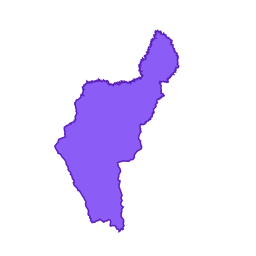 Becerrill, Cesar, Colombia (Equal Earth projection), rotated 130°
{"feature_id": "7082276B21429087141697", "entity_name": "Becerrill", "entity_type": "district", "adm_level": 2, "iso_a3": "COL", "parent_name": "Colombia", "parent_adm1": "Cesar", "projection": "equal_earth", "projection_center": [-73.426, 9.754], "detail": "fine", "context": "isolated", "style": "filled", "palette": "violet", "viewbox_px": 256, "rotation_deg": 130, "n_neighbors": 0, "source": "geoboundaries", "source_scale": "gbopen_adm2", "svg_char_len": 5861}
<svg xmlns="http://www.w3.org/2000/svg" viewBox="0 0 256 256"><g transform="rotate(130 128 128)"><path d="M39.3,139.2L39.8,141.2L38.8,141.5L38.7,142.9L37.6,143.2L37.6,144.8L37.1,145.8L35.4,146.8L36.4,148.7L35.5,148.7L34.8,150.3L34.2,149.6L32.8,150.5L32.8,151.4L33.3,151.9L32.9,152.5L33.1,153.7L32.6,154.9L34.0,155.8L33.2,157.2L33.5,158.6L32.5,158.7L33.0,160.4L32.5,161.5L33.9,161.3L34.6,162.9L33.2,164.2L33.2,165.6L33.7,165.8L34.4,165.0L34.5,166.5L35.0,165.6L34.2,167.8L35.3,167.7L36.0,169.9L36.2,168.1L37.2,168.7L37.4,167.8L38.0,167.4L38.4,168.0L38.3,167.1L38.8,167.4L39.0,166.9L39.5,167.7L39.4,167.2L39.8,166.9L40.1,167.5L40.3,167.0L41.0,167.3L41.6,166.0L41.4,164.9L42.1,165.6L44.1,165.2L43.9,166.5L44.5,166.3L44.5,165.7L44.8,166.3L45.4,165.7L45.6,166.3L46.0,165.7L45.9,166.0L46.2,166.1L46.2,166.4L46.5,166.7L46.3,166.4L46.6,165.7L47.3,165.7L47.4,164.7L47.5,165.2L47.8,164.6L48.4,164.9L48.6,164.1L49.5,164.6L49.6,163.8L50.1,164.1L50.4,163.2L51.0,163.5L51.4,163.0L52.7,164.2L54.3,163.2L54.4,162.6L54.8,162.9L54.8,162.4L55.9,163.1L55.6,162.8L55.9,161.7L56.8,162.2L57.0,161.1L57.8,161.9L57.7,161.0L58.4,161.4L59.0,160.0L59.1,161.0L60.8,161.2L61.5,160.6L62.0,161.8L62.7,161.4L63.1,158.9L64.5,158.7L64.8,160.0L65.4,160.3L65.3,161.0L65.9,160.4L65.8,161.2L66.2,160.9L67.1,161.6L67.5,160.6L68.3,161.1L69.2,160.2L69.7,160.7L70.3,159.8L71.7,160.0L71.7,158.8L73.0,160.0L73.5,159.0L74.3,158.6L74.2,157.7L73.6,158.3L73.5,157.5L74.6,157.5L75.6,156.3L75.8,156.9L76.9,156.4L76.5,155.8L77.0,155.0L76.2,154.2L77.3,154.5L77.8,154.0L77.8,152.6L78.6,152.0L78.3,150.5L78.8,150.5L79.0,151.5L79.5,150.1L81.1,150.7L82.1,149.7L82.7,150.5L82.1,151.9L82.7,151.8L82.5,152.6L83.0,151.9L84.2,152.8L84.6,152.4L84.6,153.3L85.1,152.3L85.0,152.8L85.8,152.8L85.9,153.6L86.7,153.7L86.6,154.8L87.2,154.6L87.0,153.8L87.4,153.4L87.7,153.8L88.2,153.2L88.5,155.0L89.1,155.1L89.3,154.5L90.9,156.1L91.3,154.7L91.9,154.7L91.5,155.3L91.9,155.5L91.9,156.3L92.3,155.9L93.5,156.7L93.7,157.3L93.3,157.6L94.1,158.4L93.8,159.2L94.4,159.3L94.5,160.5L95.0,159.8L96.7,161.5L95.8,161.9L96.1,162.3L95.9,162.9L96.4,163.4L96.9,162.5L98.4,162.3L98.1,162.7L98.6,163.4L98.2,163.1L98.2,164.1L99.4,163.7L99.5,164.6L100.7,162.9L101.0,164.2L100.4,164.8L101.1,165.4L100.8,166.0L101.6,166.5L102.2,166.0L102.2,167.0L103.1,166.8L103.8,167.5L104.6,167.4L104.6,166.7L105.1,166.6L105.2,169.3L106.1,170.2L106.2,169.5L106.8,170.0L106.2,171.1L107.0,170.6L106.9,171.7L106.1,171.5L105.0,174.0L105.4,174.1L105.7,173.5L105.8,174.7L106.6,174.4L106.4,175.2L107.2,175.7L106.8,176.4L107.2,176.7L107.0,177.7L108.7,177.6L109.6,178.2L109.7,178.8L109.0,179.4L110.4,180.4L109.9,181.4L109.5,180.7L109.4,181.9L111.9,181.4L112.0,181.9L111.6,182.0L111.5,182.5L113.7,183.0L113.3,183.6L114.2,183.9L115.1,185.6L115.4,184.8L116.2,185.4L117.0,184.5L116.5,185.9L116.9,186.8L118.0,186.4L118.4,188.9L118.9,187.7L119.5,189.0L120.5,188.3L121.7,188.9L122.5,188.5L123.3,189.4L124.2,188.6L125.9,189.2L126.2,188.0L126.7,187.9L126.6,187.0L127.2,187.5L127.5,186.5L128.3,186.4L128.4,185.8L131.2,185.1L131.7,183.2L132.9,185.3L134.9,183.7L136.2,184.3L138.1,184.3L139.6,185.5L141.4,184.8L142.9,185.0L143.2,184.1L144.0,184.2L144.8,182.3L146.2,181.1L146.8,179.5L148.5,178.6L149.4,176.8L153.7,175.5L155.2,173.5L156.6,174.1L157.4,172.9L160.1,174.7L161.0,174.9L161.5,174.4L161.7,175.4L164.0,175.5L165.9,176.8L167.2,176.6L168.2,177.3L170.0,176.0L171.6,173.6L173.2,172.7L175.0,170.3L181.0,173.7L184.0,172.5L189.0,172.4L190.0,170.7L191.6,165.9L192.3,165.6L191.4,162.4L192.3,160.8L193.1,155.6L193.9,153.6L195.6,151.9L195.9,150.1L197.2,147.7L198.3,147.3L198.8,145.5L198.8,143.8L199.4,142.7L200.5,142.4L200.4,140.8L202.7,137.7L202.6,136.6L203.4,135.1L204.2,134.4L204.9,134.8L206.5,132.5L206.7,128.5L208.0,126.0L207.2,125.1L209.5,118.4L209.6,117.1L210.5,115.8L211.4,113.1L212.2,112.1L213.3,111.9L215.0,109.8L216.2,106.1L217.3,104.5L218.4,104.2L218.8,103.2L219.7,103.2L220.1,102.2L220.0,100.9L220.7,99.8L221.6,99.5L221.4,98.0L222.9,97.2L223.5,94.6L222.6,94.4L221.6,92.9L219.3,92.4L217.6,91.0L216.0,90.9L215.7,86.0L213.5,85.5L212.5,84.3L210.5,83.8L210.0,83.0L210.8,81.0L214.0,79.2L214.3,78.3L212.5,77.0L211.1,74.8L212.5,71.7L211.8,70.2L211.9,69.4L213.1,68.3L211.7,67.9L209.9,68.5L209.5,67.1L208.5,66.6L207.7,68.1L205.5,68.2L204.4,70.4L203.1,70.7L201.1,72.5L200.1,76.8L198.2,77.7L197.7,78.9L196.6,78.7L194.3,80.6L191.5,80.9L191.8,82.4L191.3,84.4L190.2,85.2L187.3,85.9L186.2,88.5L183.5,89.1L178.4,97.6L173.7,100.0L173.5,100.6L174.3,101.6L173.7,102.9L171.2,103.8L169.5,105.2L166.1,105.7L164.4,107.9L163.6,110.7L161.5,113.5L160.4,113.3L156.3,110.5L153.0,106.0L150.4,105.5L149.1,104.0L146.4,104.2L144.7,105.8L140.4,106.2L135.4,104.5L133.8,105.3L131.1,109.4L130.0,109.8L129.7,112.4L128.6,113.7L125.5,115.3L122.4,115.6L121.9,117.1L120.6,117.7L120.3,118.7L118.2,120.6L117.3,120.2L116.5,120.6L115.9,118.7L114.1,117.8L113.1,118.3L112.4,117.5L111.5,118.3L109.3,117.0L108.7,117.4L107.4,116.5L107.1,117.1L106.6,116.4L105.2,117.5L103.7,116.8L100.8,119.0L100.2,118.5L100.3,117.9L99.0,118.2L98.9,119.2L97.1,120.5L93.3,120.4L92.5,122.0L89.7,121.7L89.0,123.3L87.8,123.9L86.6,123.5L86.5,123.0L85.9,123.3L85.3,122.3L83.8,122.9L83.6,122.1L82.9,121.8L82.2,122.5L80.9,121.9L80.8,121.2L80.0,121.1L79.4,122.7L80.0,124.8L79.6,124.7L78.8,126.4L78.2,126.3L75.3,129.4L74.2,129.7L73.4,132.7L72.7,132.9L72.4,132.4L72.1,133.6L71.6,133.5L71.7,132.6L69.3,130.6L69.4,129.7L68.4,129.2L68.3,127.8L67.8,127.7L67.8,127.1L67.6,127.6L67.4,127.1L66.8,127.5L66.6,127.1L65.0,129.5L64.5,129.1L64.8,128.5L63.9,128.5L64.1,128.8L63.7,129.2L62.5,128.3L61.9,128.6L61.9,128.2L59.8,128.9L59.8,128.3L58.4,128.7L57.6,127.5L57.3,128.5L55.9,128.7L54.5,127.6L54.1,128.6L53.3,128.3L53.2,129.2L52.1,129.1L51.9,129.7L50.6,130.1L50.5,129.1L49.3,128.4L47.9,129.0L47.5,131.3L46.6,131.2L43.8,134.2L42.2,134.4L42.4,135.3L40.7,135.7L41.1,137.4L40.8,137.4L40.9,137.9L39.6,138.0L39.3,139.2Z" fill="#8b5cf6" stroke="#5b21b6" stroke-width="1.5"/></g></svg>